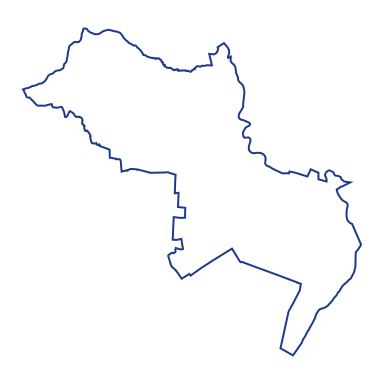 the district of Feldioara, Brasov, Romania
{"feature_id": "2599482B87521690287479", "entity_name": "Feldioara", "entity_type": "district", "adm_level": 2, "iso_a3": "ROU", "parent_name": "Romania", "parent_adm1": "Brasov", "projection": "albers", "projection_center": [25.526, 45.82], "detail": "fine", "context": "isolated", "style": "outline", "palette": "blue", "viewbox_px": 384, "rotation_deg": 0, "n_neighbors": 0, "source": "geoboundaries", "source_scale": "gbopen_adm2", "svg_char_len": 5777}
<svg xmlns="http://www.w3.org/2000/svg" viewBox="0 0 384 384"><path d="M352.1,223.9L350.2,223.1L347.9,220.8L347.3,219.6L346.6,216.9L346.5,212.6L347.0,208.4L347.7,206.1L347.6,204.4L347.3,203.7L346.9,203.0L345.9,202.3L342.5,200.3L341.0,198.6L338.7,195.2L337.9,193.6L337.4,192.4L336.7,189.5L339.7,187.7L340.9,186.7L341.8,186.6L350.3,182.4L344.2,181.5L341.2,179.1L341.0,177.5L340.5,177.0L338.1,175.9L335.8,175.7L335.0,175.3L334.5,174.8L333.8,173.1L333.3,172.4L332.7,171.9L329.4,170.4L328.7,170.4L326.4,172.0L325.6,173.3L325.0,175.1L325.3,176.3L326.2,178.1L326.4,179.0L326.7,180.2L326.5,181.5L318.5,179.3L318.4,174.8L318.5,172.8L310.8,169.3L307.4,176.5L295.3,172.7L289.5,171.5L288.9,173.5L287.3,173.2L284.6,173.4L282.6,173.3L281.3,172.9L272.4,168.6L269.6,166.7L268.0,166.3L266.3,165.3L265.2,163.7L265.2,162.5L265.6,159.0L265.6,158.3L264.9,156.1L263.8,154.6L262.4,153.7L260.3,152.9L257.1,152.8L253.9,153.2L251.7,152.9L249.2,150.5L248.8,149.1L248.9,146.3L250.4,141.2L250.5,140.1L250.3,139.2L249.4,137.9L248.5,137.5L244.6,137.7L243.9,137.2L243.4,136.4L242.9,133.6L243.3,131.5L245.4,128.0L246.1,127.2L249.0,125.8L250.1,124.5L250.0,123.7L249.1,122.7L244.1,120.4L241.0,119.6L239.8,118.8L239.0,118.2L238.6,115.8L239.4,113.3L242.7,107.9L243.1,106.9L243.2,106.1L243.1,104.3L244.3,94.2L244.4,92.2L244.3,90.9L243.6,87.2L243.0,85.7L242.2,84.5L239.0,81.6L238.3,80.4L238.0,77.9L237.7,76.6L236.8,74.8L236.1,72.8L235.5,68.1L235.1,66.6L234.6,65.7L233.8,64.6L232.0,63.1L230.7,61.1L230.6,60.0L230.8,56.7L228.2,57.9L227.8,57.0L228.9,54.4L229.2,53.1L228.8,49.7L227.9,47.8L224.0,43.1L217.6,47.3L218.2,49.2L216.7,52.7L214.0,54.4L209.2,53.9L211.9,65.4L209.4,65.4L208.0,65.2L206.1,65.4L204.0,66.0L202.8,65.7L201.9,65.8L200.5,66.7L197.9,66.2L196.5,66.4L195.8,67.4L195.2,67.8L194.9,68.9L193.8,69.0L193.2,70.0L191.9,70.4L191.6,70.7L191.2,71.5L190.9,71.7L189.5,71.6L188.4,70.8L188.0,70.7L186.8,71.2L185.8,70.8L185.4,70.3L184.9,70.6L182.6,70.4L180.9,70.7L180.0,70.4L179.6,70.7L178.1,70.8L178.0,70.5L178.4,70.0L177.8,69.3L177.2,69.5L176.8,69.3L176.1,69.8L175.1,69.6L174.7,70.1L174.1,69.8L173.6,70.0L172.9,69.5L172.5,69.5L172.1,68.8L170.8,67.9L170.0,68.1L169.7,67.8L169.1,68.0L168.0,67.9L167.6,67.6L166.7,67.6L165.3,66.5L164.9,66.5L164.6,66.3L164.7,65.6L164.9,65.2L164.8,64.9L164.3,64.7L163.6,64.9L163.2,64.5L163.2,63.8L162.9,63.5L162.7,62.1L162.4,61.9L161.8,61.9L161.4,61.0L161.3,60.2L160.3,59.8L159.7,58.9L159.1,58.4L158.2,58.6L157.1,58.2L156.8,58.4L155.9,58.3L155.8,58.8L155.1,58.7L154.5,58.1L153.6,58.3L152.5,57.9L151.5,57.9L147.3,56.7L145.5,55.3L143.5,54.9L143.0,54.5L142.3,52.6L141.8,52.3L141.2,51.1L139.6,49.5L138.8,48.6L137.3,47.5L136.8,46.7L135.5,45.6L133.8,45.3L133.5,45.5L131.9,44.4L128.8,42.9L127.6,41.5L125.7,40.0L123.4,37.5L122.9,36.7L122.8,36.2L120.6,33.4L119.6,32.6L116.6,31.6L114.5,31.3L110.2,30.1L108.4,29.8L104.2,30.8L103.1,31.3L98.9,33.9L97.6,34.2L94.9,34.2L89.9,32.2L88.2,30.9L87.0,29.1L86.4,28.7L83.5,28.6L83.0,30.7L81.7,34.1L81.6,36.4L80.8,39.6L80.5,40.2L79.1,41.7L78.4,42.1L77.1,42.2L75.6,41.9L74.1,42.1L72.4,43.6L70.0,45.4L69.0,47.0L68.9,48.4L67.9,53.0L67.7,55.1L66.9,58.8L66.7,60.6L66.1,62.0L65.0,63.4L64.6,63.6L64.3,64.0L63.9,65.2L63.5,67.4L63.0,68.4L59.8,70.3L56.7,70.6L55.7,71.0L54.3,72.0L53.3,73.1L52.5,73.6L50.1,74.4L49.2,75.0L48.0,76.0L46.5,78.9L44.9,81.0L43.3,82.4L42.3,83.1L41.1,83.5L39.5,83.6L35.7,85.4L31.9,86.2L29.4,87.6L25.6,88.5L23.0,89.4L24.0,90.8L24.8,93.3L25.7,94.4L26.3,96.3L26.8,97.2L27.7,97.5L29.2,97.5L29.9,97.8L31.1,99.3L33.3,101.2L34.7,103.0L37.1,105.4L38.5,105.7L45.4,105.7L46.3,105.5L47.3,104.9L47.9,104.9L51.4,104.1L51.9,104.3L52.0,104.6L52.2,106.1L52.6,106.9L53.4,107.4L57.9,107.7L60.3,107.0L61.5,106.9L62.3,107.6L63.8,111.3L64.4,113.3L64.8,115.5L64.8,116.5L65.0,116.9L65.4,117.1L65.8,117.0L66.8,116.6L67.3,116.0L69.3,111.7L69.6,111.4L70.2,111.2L72.7,112.9L74.0,114.1L75.0,116.0L76.2,116.9L77.3,116.6L78.6,116.9L78.6,117.1L78.8,117.2L79.6,116.8L80.1,117.1L80.2,117.4L81.0,117.6L81.4,118.1L81.9,118.3L82.6,120.1L82.2,121.0L82.3,121.6L82.1,122.7L82.2,123.7L82.7,124.3L83.7,124.9L83.8,125.6L84.3,125.5L84.5,125.7L84.6,126.0L84.3,126.7L84.2,128.1L85.0,130.7L85.4,131.0L86.8,130.6L87.4,130.7L87.5,131.2L89.6,133.7L89.8,134.7L90.1,135.0L90.5,135.6L90.6,136.5L90.2,136.7L90.5,139.1L90.7,139.3L91.4,142.1L91.8,142.4L92.0,143.2L93.1,143.4L93.7,143.3L94.6,143.6L95.4,143.6L96.2,143.1L96.5,143.8L96.9,144.2L97.0,144.6L98.0,144.7L99.2,144.3L99.5,144.5L98.8,145.4L102.2,147.0L104.1,147.5L109.6,149.7L109.8,157.7L115.9,158.7L116.0,159.2L119.7,159.2L120.4,160.0L120.7,160.8L121.6,171.6L127.4,170.1L127.5,170.6L130.4,168.9L136.0,169.3L137.0,169.8L137.3,169.4L150.7,172.8L165.0,172.5L167.5,172.2L172.0,173.7L175.6,174.7L175.4,177.2L174.8,193.3L178.6,192.8L178.0,207.0L185.3,207.8L185.1,212.8L185.1,217.7L180.5,217.9L173.7,217.1L172.7,239.7L176.7,239.9L181.3,238.9L183.0,249.0L182.1,249.3L180.3,249.4L175.8,248.0L175.6,249.0L175.4,249.5L175.5,251.4L175.3,252.1L173.8,253.2L172.3,252.8L171.1,253.2L170.0,254.2L169.3,254.4L168.5,255.1L168.2,255.9L171.0,265.2L172.1,267.0L175.5,270.0L177.6,272.7L181.7,278.7L189.4,273.9L190.6,275.6L200.9,268.2L214.6,259.4L232.0,248.6L239.4,260.7L240.5,262.2L242.8,262.0L243.5,262.5L244.2,262.8L279.6,275.8L297.7,282.6L297.6,282.8L300.8,283.7L299.9,290.2L293.0,303.5L288.7,311.3L288.3,312.7L280.5,348.3L293.0,355.4L301.6,343.0L303.2,339.1L305.0,336.6L307.3,331.9L308.7,329.9L309.4,328.7L309.6,327.8L311.1,325.5L313.6,320.9L314.7,318.7L316.4,313.8L318.7,310.3L319.9,309.2L324.0,307.9L327.4,306.1L329.8,303.4L330.5,302.8L331.1,301.9L332.2,300.9L334.1,297.9L336.6,295.2L337.9,292.6L339.1,291.6L339.6,291.0L340.5,289.1L342.5,286.1L343.6,284.8L346.4,282.5L348.9,279.9L350.7,278.6L354.0,272.3L354.9,268.9L355.4,266.1L355.7,253.1L356.0,251.9L357.2,250.6L360.4,246.0L360.8,245.3L361.0,244.5L352.1,223.9Z" fill="none" stroke="#1e3a8a" stroke-width="2"/></svg>